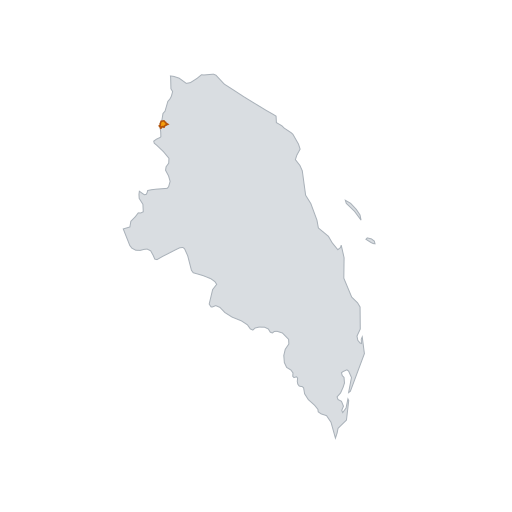 La Virtud, Lempira, Honduras (highlighted), rotated 71°
{"feature_id": "27666195B16098778662068", "entity_name": "La Virtud", "entity_type": "district", "adm_level": 2, "iso_a3": "HND", "parent_name": "Honduras", "parent_adm1": "Lempira", "projection": "mercator", "projection_center": [-88.659, 14.074], "detail": "fine", "context": "in_parent", "style": "filled", "palette": "amber", "viewbox_px": 512, "rotation_deg": 71, "n_neighbors": 0, "source": "geoboundaries", "source_scale": "gbopen_adm2", "svg_char_len": 3722}
<svg xmlns="http://www.w3.org/2000/svg" viewBox="0 0 512 512"><g transform="rotate(71 256 256)"><path d="M454.1,240.2L437.6,239.2L429.9,241.3L426.5,245.8L423.6,247.9L421.1,247.4L416.2,249.2L408.8,253.3L402.1,254.9L396.1,253.9L394.4,254.9L393.9,256.2L393.0,257.5L390.7,258.2L388.0,257.8L385.0,256.4L383.4,257.0L383.3,259.7L381.7,260.4L378.6,259.1L375.2,260.1L371.3,263.3L366.0,263.9L359.1,262.1L353.7,258.7L349.9,253.6L345.4,252.3L337.4,256.1L334.1,260.5L333.3,263.2L334.1,265.6L332.7,267.3L329.0,268.1L326.1,271.1L324.2,276.3L323.8,280.3L325.0,283.1L323.1,285.1L318.3,286.5L312.6,290.9L306.0,298.5L299.4,303.8L292.9,306.8L289.8,310.2L290.0,313.8L289.6,315.0L288.3,315.4L286.2,315.9L273.6,307.9L270.0,302.4L266.9,303.2L262.9,306.0L257.4,312.3L251.4,320.8L248.5,321.7L233.6,320.5L225.8,321.2L224.1,322.4L223.4,325.5L223.9,329.7L226.0,344.6L227.2,350.8L226.0,352.7L222.0,353.0L216.8,353.9L214.0,356.7L213.3,359.6L213.0,363.6L211.4,367.8L208.2,370.8L205.0,371.9L187.2,372.7L187.5,365.8L182.4,363.0L179.5,357.2L176.9,353.3L177.8,351.0L177.5,348.2L170.3,346.1L163.5,347.7L159.6,346.6L156.8,345.2L161.7,341.7L162.0,339.7L160.5,338.2L158.8,337.1L159.3,333.3L160.3,328.7L163.1,318.0L162.1,316.1L157.5,312.9L151.8,312.6L145.5,313.6L142.4,312.0L139.8,308.3L135.3,306.5L127.3,309.5L118.8,313.9L116.2,315.5L114.1,315.3L113.1,312.0L112.7,308.0L112.2,307.1L107.7,305.7L102.4,304.7L99.7,303.6L97.2,300.9L90.9,297.5L89.5,294.9L81.1,289.0L79.4,286.1L77.4,284.0L73.4,281.3L70.2,282.0L59.5,278.6L57.9,278.3L59.4,275.3L62.8,270.8L70.1,265.7L70.7,261.6L68.8,253.7L66.9,248.6L67.9,246.3L70.2,237.1L72.0,235.0L82.6,230.3L83.6,229.7L91.9,223.1L101.2,215.9L110.9,207.9L121.6,199.0L127.6,193.7L130.3,191.5L136.5,193.3L141.4,189.1L144.3,187.7L150.9,182.6L152.9,181.5L164.0,179.4L169.3,179.5L174.0,184.6L177.7,187.4L184.7,185.0L190.5,184.5L214.7,189.3L224.3,187.1L241.9,186.7L249.8,187.9L261.0,181.1L268.2,179.7L276.7,176.6L275.5,173.3L273.5,171.9L286.4,173.3L305.6,180.2L326.0,178.9L333.4,175.2L338.1,174.2L359.0,181.2L364.6,186.6L368.9,187.2L372.2,185.9L373.1,184.8L369.0,183.6L367.1,181.9L383.6,185.3L414.6,210.8L415.3,212.9L402.0,205.3L395.0,205.9L393.2,207.1L393.6,211.3L394.2,213.2L397.2,213.4L399.4,212.3L404.9,213.7L408.5,216.4L413.0,220.6L415.6,225.2L418.4,225.2L421.2,222.5L426.5,222.2L429.9,225.2L432.3,225.0L429.0,220.3L421.0,215.6L422.9,215.4L440.6,223.9L445.6,234.5L449.7,236.9L454.1,240.2ZM245.8,148.3L235.6,153.5L232.4,153.4L237.0,149.4L244.6,146.0L251.0,144.3L256.3,145.0L245.8,148.3ZM280.8,142.8L276.0,146.6L275.1,144.9L277.4,141.3L280.4,139.3L283.2,139.5L282.5,141.0L280.8,142.8Z" fill="#d9dde1" stroke="#a8b0b8" stroke-width="1"/><path d="M102.7,296.5L100.9,298.0L100.7,298.0L100.6,297.9L100.4,297.9L100.4,298.0L100.2,298.0L100.0,298.3L99.9,298.3L98.2,299.0L97.7,301.9L98.7,302.5L99.5,303.4L100.1,303.4L100.8,303.8L101.1,304.1L101.3,304.3L101.4,304.5L101.3,304.8L101.3,305.0L101.6,305.0L101.8,305.0L102.0,305.1L102.2,304.9L102.3,304.8L102.4,304.7L102.5,304.6L102.5,304.4L102.5,304.2L102.8,304.2L102.8,304.3L103.0,304.5L103.3,304.6L103.5,304.5L103.8,304.5L104.0,304.6L104.3,304.4L104.3,304.2L104.2,304.1L103.9,304.0L103.9,303.9L103.7,303.7L103.6,303.4L103.4,303.3L103.3,303.2L103.2,303.2L103.1,302.9L103.1,302.7L103.1,302.4L103.2,302.2L103.3,301.9L103.5,301.8L103.8,301.8L103.8,301.7L103.8,301.4L103.8,301.2L104.0,301.0L104.3,301.0L104.3,300.9L104.2,300.8L104.1,300.7L103.9,300.6L103.7,300.5L103.5,300.4L103.4,300.4L103.3,300.2L103.4,299.9L103.3,299.7L103.2,299.6L103.0,299.4L103.0,299.2L102.9,299.2L102.8,298.9L102.8,298.7L103.0,298.2L102.9,298.1L102.7,298.0L102.7,297.9L102.6,297.7L102.6,297.4L102.7,297.2L102.8,297.1L102.9,296.9L102.9,296.7L102.7,296.6L102.7,296.5Z" fill="#f59e0b" stroke="#b45309" stroke-width="1.5"/></g></svg>